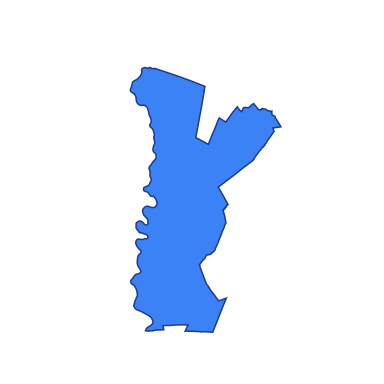 Gavojdia, Timis, Romania, rotated 240°
{"feature_id": "2599482B38045497727994", "entity_name": "Gavojdia", "entity_type": "district", "adm_level": 2, "iso_a3": "ROU", "parent_name": "Romania", "parent_adm1": "Timis", "projection": "robinson", "projection_center": [22.005, 45.609], "detail": "fine", "context": "isolated", "style": "filled", "palette": "blue", "viewbox_px": 384, "rotation_deg": 240, "n_neighbors": 0, "source": "geoboundaries", "source_scale": "gbopen_adm2", "svg_char_len": 5976}
<svg xmlns="http://www.w3.org/2000/svg" viewBox="0 0 384 384"><g transform="rotate(240 192 192)"><path d="M178.4,121.2L178.0,119.7L177.4,118.9L176.2,117.9L174.9,117.4L173.0,117.2L172.0,117.2L170.1,117.4L169.4,117.5L167.5,118.2L166.1,118.1L165.6,117.9L165.0,117.5L164.8,116.8L164.6,116.2L164.4,115.3L164.1,114.2L163.6,113.4L162.9,112.5L159.7,110.2L158.2,109.2L157.1,108.8L156.1,108.4L154.0,108.2L150.1,108.3L149.0,108.2L148.7,107.9L148.0,106.9L147.9,106.1L147.9,104.8L148.3,103.6L148.6,102.8L148.6,101.8L148.5,100.8L148.3,100.2L147.3,98.5L146.1,95.1L145.8,94.6L145.2,94.2L144.4,93.9L143.6,93.7L142.9,93.8L142.1,94.1L141.2,94.5L140.6,94.9L139.7,95.3L137.9,95.3L135.6,95.1L134.4,94.9L133.1,94.5L131.2,93.7L130.0,93.1L128.9,92.3L128.5,91.2L128.2,90.8L127.6,90.3L126.2,88.3L124.5,86.6L123.9,85.9L123.5,85.4L123.0,84.9L122.3,84.6L121.5,84.5L120.7,84.4L119.9,84.5L119.0,84.7L118.1,85.0L116.3,86.4L112.8,89.0L110.1,90.6L109.0,91.3L106.3,92.8L104.0,93.7L103.3,93.9L102.4,93.9L99.8,93.6L99.2,93.4L98.5,92.9L97.4,91.4L97.1,89.7L97.0,88.0L97.0,86.3L96.9,85.3L96.7,84.7L96.3,83.9L95.1,82.3L94.7,82.8L94.4,83.3L93.8,83.8L93.5,84.4L92.8,85.7L92.2,87.2L91.8,88.0L91.5,88.3L91.3,88.7L91.2,89.1L91.2,89.4L91.3,89.5L91.1,90.3L89.6,93.3L86.8,98.7L88.5,99.2L90.6,100.0L89.2,103.3L88.2,104.8L87.9,105.2L86.5,108.1L86.1,109.2L82.3,116.3L80.5,119.4L78.9,122.0L74.8,116.4L74.4,117.5L74.0,118.4L73.0,119.5L71.6,122.1L68.9,126.3L67.4,128.5L66.5,129.6L64.6,133.2L60.2,139.8L67.8,149.5L71.7,154.3L79.8,164.6L82.9,168.7L83.9,162.9L84.6,160.6L89.7,160.0L90.7,160.0L91.9,159.8L97.0,159.1L101.7,158.9L101.9,159.0L105.1,158.5L112.0,159.6L121.4,161.2L123.3,161.5L123.6,161.6L124.3,162.1L125.3,162.1L125.4,162.4L126.2,164.4L127.2,166.7L128.1,170.1L128.3,170.5L128.9,171.1L130.1,172.8L130.2,173.0L130.2,173.5L129.5,174.2L129.3,175.3L129.2,175.7L129.2,175.9L129.0,176.1L128.9,176.3L128.7,177.0L128.7,177.3L129.1,177.9L129.4,179.9L129.5,181.0L129.9,182.2L130.7,183.4L131.7,184.4L135.2,189.4L135.6,189.8L135.9,190.0L140.1,195.5L142.0,197.7L145.5,202.4L147.1,204.1L148.0,205.5L148.1,205.9L154.7,208.3L161.0,209.8L160.8,210.2L160.8,210.3L161.2,210.8L161.2,211.0L160.8,211.4L160.8,211.6L161.1,212.3L161.3,212.5L161.7,212.7L161.7,212.8L161.8,212.9L162.3,213.1L162.5,213.5L162.5,214.0L162.0,214.2L161.9,214.3L162.1,214.6L162.8,214.9L163.0,215.3L163.2,215.6L163.0,216.1L163.2,216.6L163.1,216.9L164.5,216.9L164.7,217.0L168.3,217.0L172.5,217.2L175.4,217.2L176.2,217.1L180.9,217.2L181.4,217.2L183.2,217.2L183.5,220.6L183.8,222.5L184.0,224.4L184.1,225.0L184.4,227.5L185.6,237.0L187.3,248.4L188.7,259.9L189.3,261.8L190.9,264.4L193.7,271.0L195.4,275.3L195.3,275.6L195.7,276.2L195.4,276.6L195.7,277.0L196.1,277.3L196.0,278.4L196.9,279.1L197.3,280.9L198.0,281.6L203.5,293.4L207.0,294.0L204.0,301.6L209.9,301.5L211.8,301.5L214.2,301.2L214.9,301.3L216.2,301.7L218.8,299.8L222.2,301.6L222.2,300.5L222.5,300.4L222.7,300.1L223.0,300.0L223.3,299.9L223.5,299.8L223.5,299.4L224.2,298.7L224.8,298.2L226.7,297.3L227.3,296.8L227.6,296.1L227.9,295.7L228.6,295.3L228.9,295.0L229.2,294.5L229.2,294.0L228.8,293.5L228.6,292.9L228.7,292.7L229.2,292.4L229.5,291.8L229.6,291.0L230.0,291.1L230.6,290.7L237.8,289.6L237.6,286.8L236.7,283.9L236.7,283.7L236.9,283.0L237.5,281.8L238.7,280.4L238.8,280.1L238.9,279.5L239.2,278.6L236.7,275.1L237.1,274.9L240.3,274.0L241.2,273.9L243.1,273.9L242.6,272.6L242.4,271.5L242.1,271.0L241.5,269.6L240.5,266.7L239.2,263.8L238.2,261.9L237.3,259.6L236.6,258.2L236.0,256.7L235.7,256.2L240.3,253.8L242.5,252.6L241.7,251.4L239.7,248.7L239.0,247.9L232.9,240.1L232.5,239.4L225.2,230.0L237.2,222.5L254.1,236.9L259.1,241.2L273.7,253.4L273.8,253.3L277.0,256.0L287.2,247.9L294.4,241.9L300.0,237.2L315.8,223.2L317.7,221.7L317.7,221.1L317.9,220.7L318.1,220.3L318.6,219.7L319.0,218.9L319.1,219.0L321.0,217.9L320.6,216.7L320.6,216.1L321.3,216.0L321.6,215.3L322.6,214.3L323.4,213.3L323.7,212.1L323.8,211.0L323.7,210.2L323.3,209.7L322.5,209.2L321.2,208.8L320.3,208.1L319.2,206.7L318.4,205.2L317.7,203.7L317.2,201.7L317.1,199.8L317.2,197.7L317.1,196.5L316.8,195.4L316.0,194.5L314.7,193.5L312.9,191.6L311.9,190.2L311.4,189.7L310.6,189.3L309.7,189.3L308.2,189.8L306.4,190.7L305.2,191.1L304.2,191.2L302.2,190.9L298.3,189.2L297.0,189.1L295.7,189.1L294.5,189.5L293.6,190.0L292.3,191.2L291.8,192.7L290.9,194.1L289.3,195.1L288.6,195.3L287.7,195.4L285.0,195.0L281.7,193.9L279.9,193.4L276.9,193.2L275.2,192.8L273.1,191.8L272.3,190.7L271.5,189.2L270.8,188.6L269.5,188.4L268.4,188.7L267.3,189.2L265.9,189.3L263.8,189.0L261.2,188.4L260.5,188.1L259.7,187.6L259.1,186.7L258.2,186.0L256.3,185.4L254.5,184.9L253.3,184.4L252.4,183.5L250.8,181.4L249.1,179.9L247.9,179.2L246.8,178.8L246.0,178.8L245.3,179.0L244.5,179.4L243.5,179.5L242.5,179.5L241.8,179.2L240.6,178.6L239.7,178.0L238.7,176.7L238.3,175.5L238.1,174.5L237.4,172.7L236.5,171.1L235.0,167.4L234.0,166.6L233.0,166.3L231.3,166.0L229.7,165.4L228.5,164.5L227.5,163.9L226.5,163.5L223.6,163.2L222.5,162.6L221.7,161.5L221.2,160.5L220.2,159.3L219.6,158.1L219.4,157.2L219.5,156.1L219.8,154.1L219.9,153.1L219.6,152.2L218.7,151.5L217.9,151.0L217.1,151.0L216.3,151.5L215.3,152.2L214.6,153.1L213.9,153.6L210.9,153.9L209.2,154.2L208.6,154.6L208.1,155.4L207.6,156.3L206.9,156.7L203.8,157.0L202.7,156.9L201.0,156.6L199.5,155.9L198.5,155.1L197.9,153.9L197.5,152.3L197.6,151.3L198.2,150.1L198.8,149.3L199.9,148.2L201.7,146.9L202.3,145.7L202.6,144.6L202.6,143.5L201.7,140.9L200.8,140.2L199.6,139.4L198.4,139.1L196.4,138.8L195.2,138.9L191.2,139.9L190.1,139.7L189.4,139.4L188.4,139.0L186.5,137.8L186.1,137.2L186.0,136.7L186.2,136.0L186.4,135.5L187.0,135.1L188.6,134.5L190.2,134.3L191.5,133.6L192.7,132.7L193.2,131.8L193.4,130.9L193.3,129.8L193.2,128.8L192.7,127.9L191.6,127.2L190.6,126.7L189.9,126.1L188.6,125.6L187.6,125.6L185.0,126.0L183.6,126.1L182.8,126.3L182.4,126.9L181.9,128.0L180.6,128.8L179.6,129.6L178.8,130.5L178.0,131.2L176.8,131.7L175.3,131.5L174.8,131.2L174.2,130.2L174.3,129.0L175.0,128.1L175.7,125.0L177.1,123.4L178.0,122.1L178.4,121.2Z" fill="#3b82f6" stroke="#1e3a8a" stroke-width="1.5"/></g></svg>